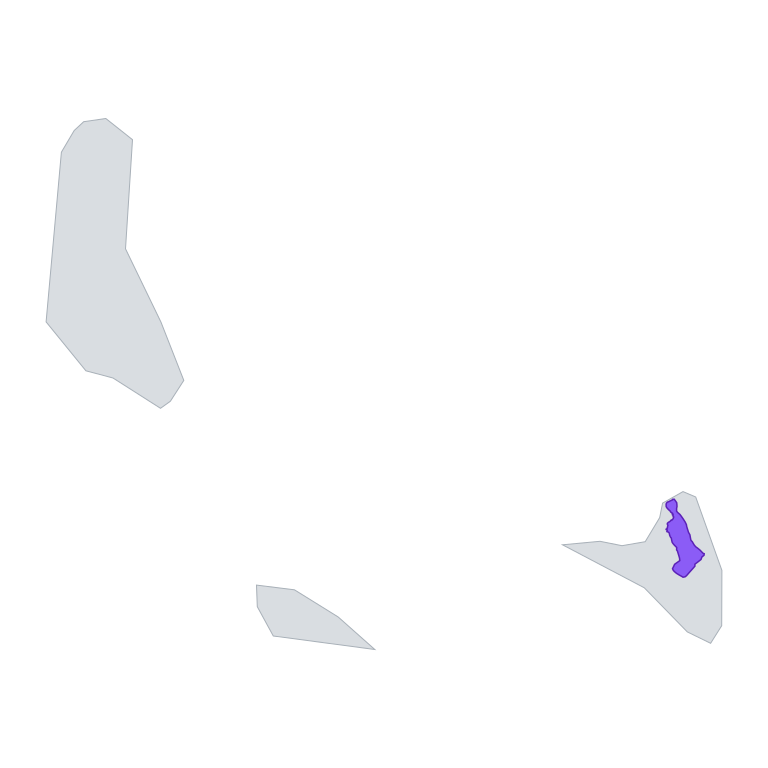 location of Ouani, Andjouân, Comoros
{"feature_id": "10938185B16418977449415", "entity_name": "Ouani", "entity_type": "district", "adm_level": 2, "iso_a3": "COM", "parent_name": "Comoros", "parent_adm1": "Andjouân", "projection": "mercator", "projection_center": [44.433, -12.159], "detail": "fine", "context": "in_parent", "style": "filled", "palette": "violet", "viewbox_px": 768, "rotation_deg": 0, "n_neighbors": 0, "source": "geoboundaries", "source_scale": "gbopen_adm2", "svg_char_len": 3311}
<svg xmlns="http://www.w3.org/2000/svg" viewBox="0 0 768 768"><path d="M170.4,401.2L160.5,408.3L113.0,378.0L85.9,370.8L46.1,321.9L61.4,152.2L74.2,130.5L83.7,121.7L105.8,118.5L132.5,139.7L125.5,248.8L161.0,322.2L183.8,380.4L170.4,401.2ZM695.7,497.0L721.9,570.4L721.7,625.7L710.6,643.3L687.3,631.9L644.3,587.8L562.5,544.8L600.0,541.3L622.0,545.7L645.2,541.7L659.7,517.6L662.6,503.1L683.0,491.6L695.7,497.0ZM338.2,617.0L374.8,649.5L273.3,636.0L257.3,606.7L256.5,585.1L294.4,589.8L338.2,617.0Z" fill="#d9dde1" stroke="#a8b0b8" stroke-width="1"/><path d="M674.2,499.2L673.7,499.3L673.3,499.3L673.1,499.3L672.9,499.2L672.8,499.3L672.7,499.4L672.8,499.7L672.6,499.9L672.3,499.9L671.9,500.1L671.4,500.3L671.2,500.4L671.0,500.6L670.8,500.7L670.6,500.8L670.1,500.9L669.9,501.0L669.6,501.2L669.4,501.3L669.2,501.5L668.7,501.7L668.4,501.8L668.0,501.9L667.6,502.0L667.3,502.2L667.2,502.3L666.9,502.6L666.8,502.8L666.6,503.0L666.4,503.3L666.3,503.7L666.2,503.9L666.1,504.3L666.1,504.6L666.2,504.9L666.1,505.9L666.2,506.3L666.2,506.7L666.4,507.0L666.7,507.5L666.8,507.7L666.9,507.9L667.1,508.0L667.4,508.4L667.5,508.5L667.8,508.7L667.9,508.9L668.0,509.1L668.2,509.4L668.4,509.5L668.5,509.6L668.9,509.9L669.0,510.0L669.2,510.3L669.3,510.4L669.5,510.5L669.8,510.6L670.0,510.9L670.1,511.1L670.3,511.4L670.4,511.6L670.5,511.8L670.8,512.1L671.0,512.4L671.2,512.5L671.4,512.5L671.5,512.5L671.9,512.9L671.9,513.0L672.0,513.0L672.4,513.2L672.5,513.3L672.5,513.7L672.6,513.8L672.7,514.0L672.8,514.1L673.0,514.2L673.0,514.4L673.1,514.7L673.1,514.8L673.1,515.0L673.0,515.3L672.9,515.3L673.0,515.4L673.1,515.6L673.1,515.8L673.1,516.2L673.1,516.3L673.2,516.5L673.6,516.8L673.7,517.1L673.6,517.3L673.4,517.7L673.3,517.9L673.3,518.0L673.3,518.4L673.2,518.5L673.0,518.8L672.9,519.0L672.6,519.4L672.5,519.6L672.3,519.7L672.1,519.7L671.9,519.8L671.8,520.0L671.7,520.0L671.6,520.3L670.9,520.3L670.7,520.6L670.5,520.9L670.3,521.1L670.1,521.3L669.9,521.4L669.7,521.6L669.5,521.8L669.2,521.9L669.0,522.0L668.7,522.1L668.4,522.3L668.2,522.5L667.9,522.8L667.7,523.0L667.4,523.3L667.4,523.5L667.3,523.8L667.4,524.2L667.4,524.5L667.5,524.6L667.8,525.0L667.9,525.3L667.8,525.7L667.7,525.9L667.6,526.3L667.6,526.5L667.6,526.8L667.5,527.1L667.5,527.4L667.4,527.6L667.4,527.8L667.2,528.0L667.3,528.1L667.3,528.3L667.2,528.5L666.9,528.9L666.8,529.0L666.7,529.0L666.4,529.1L666.2,529.1L666.1,529.4L666.1,529.5L666.3,529.7L666.5,529.7L666.8,530.0L667.1,530.0L667.3,530.1L667.3,530.3L667.3,530.6L667.1,531.1L666.9,531.6L668.3,532.1L669.2,533.0L669.7,535.4L670.7,537.5L671.3,538.0L671.6,540.0L672.2,542.4L673.2,543.8L674.5,545.3L676.0,546.8L676.7,547.5L676.6,549.9L677.4,551.0L678.1,553.3L678.9,555.9L679.5,558.0L679.8,560.6L674.6,564.3L673.3,567.1L672.5,568.7L673.3,570.4L674.3,571.5L675.7,572.7L676.6,573.4L677.9,574.2L679.2,575.0L682.1,576.6L683.0,577.2L685.1,576.8L686.5,575.7L689.2,572.6L691.8,569.7L694.9,566.2L694.9,564.2L698.2,561.7L701.0,559.5L701.9,557.0L704.0,555.3L704.2,553.7L703.1,553.3L700.0,550.1L697.3,547.9L696.1,547.1L694.4,545.3L694.1,544.8L692.9,542.8L692.3,541.7L691.2,540.6L690.8,539.8L689.9,534.8L688.5,532.3L686.7,526.5L686.4,524.6L685.2,522.1L683.1,518.8L681.2,516.1L679.9,514.4L677.7,512.5L676.6,511.2L676.6,508.4L677.0,506.5L676.9,504.6L676.7,502.7L675.1,500.4L674.2,499.2Z" fill="#8b5cf6" stroke="#5b21b6" stroke-width="1.5"/></svg>